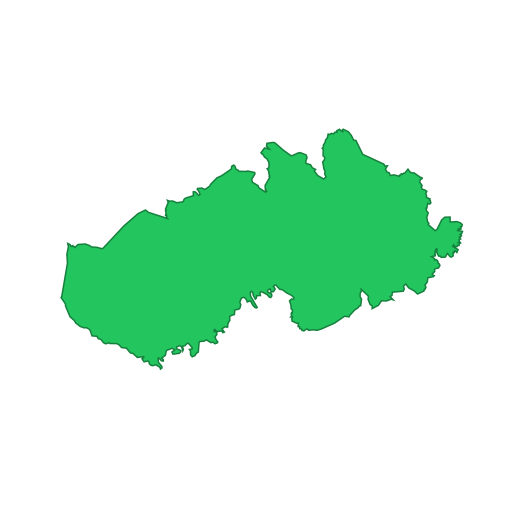 outline of Tzicatlacoyan, Puebla, Mexico, rotated 128°
{"feature_id": "50627088B32721400005262", "entity_name": "Tzicatlacoyan", "entity_type": "district", "adm_level": 2, "iso_a3": "MEX", "parent_name": "Mexico", "parent_adm1": "Puebla", "projection": "natural_earth1", "projection_center": [-98.086, 18.816], "detail": "fine", "context": "isolated", "style": "filled", "palette": "green", "viewbox_px": 512, "rotation_deg": 128, "n_neighbors": 0, "source": "geoboundaries", "source_scale": "gbopen_adm2", "svg_char_len": 6156}
<svg xmlns="http://www.w3.org/2000/svg" viewBox="0 0 512 512"><g transform="rotate(128 256 256)"><path d="M178.2,102.3L176.0,102.8L175.0,104.9L171.0,105.0L167.4,107.2L162.9,103.4L161.8,103.5L162.2,104.2L161.8,106.0L158.1,105.6L157.1,106.9L155.6,106.9L153.1,104.8L150.3,105.2L149.4,106.6L149.5,108.3L148.5,108.9L147.9,110.4L148.0,112.1L149.0,112.5L148.1,114.5L148.4,117.3L145.5,114.9L144.5,115.5L144.5,116.6L142.4,116.7L142.2,117.8L139.8,118.3L139.6,117.6L138.7,118.8L139.3,117.6L138.8,117.9L142.0,115.4L143.0,113.5L143.6,111.7L142.6,110.6L143.1,109.3L140.3,106.1L136.1,106.7L135.8,107.3L137.1,102.8L136.5,101.3L134.5,100.7L131.8,102.9L131.2,101.9L129.9,102.8L129.2,102.2L129.6,99.9L126.5,100.7L127.4,107.6L126.7,106.4L125.6,107.0L126.2,105.4L125.0,103.5L123.3,103.5L122.8,102.5L120.9,103.3L119.8,102.8L119.5,103.9L120.7,104.9L119.1,104.8L118.2,106.2L116.6,105.2L115.8,106.6L116.1,108.0L115.0,106.7L113.6,106.5L113.1,107.0L113.4,108.4L111.3,107.8L109.5,108.4L112.2,113.5L110.5,111.8L109.8,113.0L108.8,111.0L107.4,111.8L107.3,112.8L105.9,112.0L104.2,112.9L104.1,115.7L105.3,119.0L109.7,123.9L105.8,127.0L109.2,131.1L113.2,131.9L123.7,129.7L125.7,130.4L125.2,139.6L123.9,139.9L123.3,142.0L120.3,145.3L116.0,146.8L115.5,149.2L113.6,151.5L113.0,150.9L108.8,153.1L108.2,151.2L106.5,150.9L104.9,153.0L105.0,154.0L103.9,154.1L104.9,157.8L103.2,159.0L102.5,160.6L99.9,161.2L99.9,163.1L101.1,166.4L99.6,168.4L98.3,168.3L96.9,172.6L94.5,173.6L92.8,172.7L92.1,173.5L92.8,174.8L93.2,182.7L94.4,183.9L95.0,186.4L94.0,189.7L99.3,189.8L100.0,190.7L101.2,190.8L101.7,192.2L102.8,191.8L103.8,192.6L104.8,192.0L107.2,197.3L109.9,199.8L108.4,202.2L109.2,204.6L107.9,207.5L104.0,208.0L105.8,209.8L104.9,211.8L110.2,234.5L103.4,248.4L104.6,250.4L102.3,255.1L101.2,259.8L102.4,265.3L103.3,265.7L104.6,264.3L105.1,266.4L104.7,268.2L107.7,269.5L108.7,268.5L109.8,270.0L111.9,270.1L113.1,272.3L114.8,272.6L115.5,274.2L118.8,272.6L121.7,272.6L124.1,271.5L127.1,271.2L128.6,270.1L130.4,270.1L130.5,268.8L135.8,264.8L135.6,263.8L136.4,262.2L138.6,261.2L140.8,261.4L145.8,255.8L146.6,253.9L149.2,252.2L150.5,249.5L153.6,250.0L154.6,256.7L153.2,262.4L151.1,262.3L151.8,266.0L150.5,269.2L152.2,273.5L150.9,275.0L147.0,276.4L145.5,278.7L147.3,284.8L149.1,286.4L154.6,289.2L155.4,290.4L155.8,299.3L155.2,310.7L155.8,312.3L160.5,316.8L163.1,315.2L163.5,311.3L165.6,315.8L171.6,315.6L172.0,314.4L171.6,313.4L172.8,310.2L172.7,307.2L174.4,303.3L178.0,300.5L179.0,300.2L180.3,301.0L181.7,297.5L182.8,297.0L184.5,294.6L185.1,294.8L185.6,293.6L194.7,292.3L197.1,290.3L197.5,289.0L198.2,289.2L198.6,287.3L199.1,287.5L199.8,287.8L200.5,295.7L199.3,297.7L200.1,304.3L198.0,306.7L192.2,307.3L191.0,308.4L194.2,315.0L195.1,315.4L199.8,321.6L199.4,322.9L199.9,325.3L198.1,328.1L198.1,329.6L200.3,330.4L202.7,329.0L213.8,332.5L218.5,334.9L227.5,335.9L229.3,335.5L233.9,336.8L235.2,337.6L235.8,340.5L238.8,343.7L239.8,343.2L240.1,341.2L241.9,338.0L243.6,338.5L242.8,342.9L243.5,344.6L244.1,345.0L247.0,342.5L253.8,347.2L255.8,347.6L257.7,346.8L258.9,347.5L262.7,351.1L263.9,355.4L266.0,358.0L266.7,360.1L267.9,358.1L274.8,356.2L275.1,355.0L276.0,355.2L277.9,352.9L278.8,352.8L278.9,351.7L279.6,352.1L279.8,350.7L280.7,350.3L281.0,349.0L287.8,367.5L287.8,371.4L295.1,375.0L313.6,378.6L344.2,381.3L345.3,382.3L347.0,386.5L350.0,391.0L350.4,394.3L351.7,398.0L356.5,403.3L360.8,404.0L360.5,405.2L361.2,406.1L360.6,406.8L362.3,407.6L361.5,409.5L362.0,412.1L364.1,409.6L371.2,406.0L377.7,400.2L407.6,384.1L408.7,384.1L411.1,376.7L412.8,375.1L418.4,365.1L418.7,359.4L419.7,357.0L419.8,351.3L418.5,347.3L416.9,345.5L416.4,342.8L416.7,340.9L419.9,336.0L417.2,331.9L418.3,329.4L417.2,326.9L418.2,323.1L418.0,321.2L417.4,320.0L415.3,318.9L415.0,317.4L410.8,311.8L410.3,309.5L410.9,305.5L408.4,301.4L409.7,295.5L408.5,292.7L409.0,287.0L404.4,282.6L405.0,281.9L407.2,282.6L408.3,279.0L405.3,276.6L405.2,275.4L406.4,274.0L406.9,271.9L406.2,270.0L403.4,268.0L402.9,263.1L403.9,261.7L402.1,261.2L401.0,262.1L399.8,267.5L396.6,270.3L396.2,269.5L396.8,266.1L395.9,264.4L394.7,265.3L394.5,267.5L390.2,266.3L385.9,268.3L384.8,268.0L380.3,265.2L380.1,262.2L383.4,263.1L384.5,261.0L380.0,256.6L377.8,256.3L376.8,257.0L378.0,261.6L376.6,262.5L373.9,261.3L373.4,259.9L373.7,258.1L375.9,255.3L374.2,255.8L372.6,258.5L370.5,256.8L367.5,256.5L366.4,255.6L367.5,250.0L368.6,249.2L370.6,250.9L371.1,249.2L374.2,246.7L374.7,244.2L372.2,242.8L369.5,243.1L367.2,242.3L359.1,247.7L358.1,247.7L354.8,244.3L352.6,243.4L352.1,238.2L350.3,236.9L350.5,234.4L348.1,232.9L347.1,233.5L346.8,235.4L345.0,238.6L342.1,238.4L340.8,239.6L340.3,240.9L341.2,242.4L340.2,243.5L339.2,243.1L339.7,240.1L337.2,238.1L336.2,236.1L336.8,234.9L335.4,234.1L334.4,238.0L331.0,236.9L329.6,234.6L326.1,236.7L322.9,237.0L320.0,239.4L318.0,238.9L315.5,237.0L311.5,239.5L308.5,236.8L307.0,236.6L303.9,237.9L302.3,240.4L298.1,241.5L296.1,240.3L295.9,239.0L296.2,237.0L297.6,234.6L295.5,233.4L295.0,232.3L296.9,227.7L297.2,225.0L296.8,223.8L295.8,223.4L290.9,235.7L288.0,238.1L286.8,238.1L286.7,236.1L288.6,234.1L290.4,230.0L289.1,229.8L286.9,231.0L284.4,228.2L282.5,230.3L280.7,229.9L279.6,223.3L280.2,220.0L279.6,218.8L277.8,218.9L276.5,220.1L276.2,221.5L277.3,224.6L275.9,225.7L273.2,224.7L275.0,222.0L273.3,220.3L270.2,220.6L269.1,223.6L267.2,223.2L266.7,222.4L267.6,216.6L266.3,214.5L266.2,209.2L265.1,203.5L265.6,200.3L266.3,199.9L267.6,200.2L267.9,201.5L270.7,202.0L273.2,198.2L275.9,195.9L276.1,194.0L278.7,192.3L278.9,193.0L279.7,192.8L281.5,191.0L282.6,191.1L281.5,189.6L283.6,189.1L285.1,187.5L283.9,182.4L282.9,181.1L285.7,179.4L285.1,177.8L286.3,176.8L285.6,175.1L286.3,174.1L285.5,172.1L282.2,171.2L281.9,169.8L282.3,169.0L278.9,165.4L277.0,162.2L273.7,159.8L260.6,152.8L248.9,149.1L246.7,145.2L245.3,145.6L237.9,145.0L233.9,143.7L231.5,143.8L230.7,142.9L225.0,146.3L223.9,149.0L221.2,151.0L218.8,151.3L217.5,152.6L218.4,142.8L221.2,140.9L224.0,136.2L223.8,133.6L226.0,132.1L219.6,129.2L214.0,129.5L211.0,125.4L206.8,122.9L206.1,121.0L205.4,125.3L203.3,124.6L200.5,126.2L193.1,118.3L190.9,118.7L188.9,121.2L185.8,120.7L187.1,116.2L186.1,109.6L186.5,105.3L180.3,102.1L178.6,102.8L178.2,102.3Z" fill="#22c55e" stroke="#15803d" stroke-width="1.5"/></g></svg>